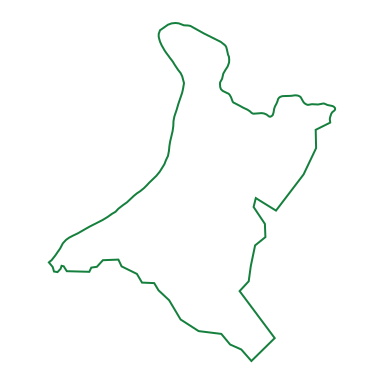 Bella Unión, Artigas, Uruguay
{"feature_id": "84410073B35452988121510", "entity_name": "Bella Unión", "entity_type": "district", "adm_level": 2, "iso_a3": "URY", "parent_name": "Uruguay", "parent_adm1": "Artigas", "projection": "natural_earth1", "projection_center": [-57.576, -30.371], "detail": "fine", "context": "isolated", "style": "outline", "palette": "green", "viewbox_px": 384, "rotation_deg": 0, "n_neighbors": 0, "source": "geoboundaries", "source_scale": "gbopen_adm2", "svg_char_len": 2586}
<svg xmlns="http://www.w3.org/2000/svg" viewBox="0 0 384 384"><path d="M330.2,122.6L330.1,121.3L329.9,120.1L329.8,119.3L329.9,118.3L330.4,116.3L331.3,113.7L331.8,112.9L332.4,112.1L333.3,111.4L334.2,110.7L334.7,110.1L335.0,109.7L335.1,109.2L335.1,108.7L335.0,108.3L334.9,107.9L334.4,107.3L333.9,106.8L333.2,106.4L332.4,106.0L327.5,105.0L325.0,103.9L324.2,103.6L323.4,103.5L318.1,104.5L311.9,104.2L308.5,104.8L307.4,104.8L306.4,104.4L305.0,103.6L303.7,102.4L302.7,100.8L301.3,98.2L300.7,97.2L300.0,96.6L299.1,96.1L298.1,95.7L297.4,95.5L296.3,95.4L294.7,95.3L293.1,95.6L291.4,95.8L289.6,95.9L286.3,96.0L283.2,96.1L281.8,96.3L280.5,96.8L279.7,97.2L279.0,97.8L278.5,98.5L278.0,99.3L277.5,101.2L276.5,103.6L274.9,106.6L274.2,108.7L273.5,112.7L272.7,115.1L271.7,116.0L270.4,116.7L269.3,116.6L268.2,115.8L266.5,114.5L264.1,113.5L261.7,113.1L253.6,113.7L252.7,113.5L251.6,112.9L249.8,111.2L247.3,109.6L243.2,107.7L239.6,105.7L234.2,102.9L233.5,102.6L232.7,101.7L231.0,97.2L229.5,94.6L228.4,93.6L227.2,93.1L222.7,90.9L220.9,89.1L220.2,87.0L220.0,84.1L220.1,82.4L222.1,78.8L223.3,73.6L225.5,69.8L227.6,66.6L229.1,62.4L229.2,59.4L228.9,56.6L228.0,54.6L227.0,49.9L226.2,46.9L225.9,46.5L225.7,46.2L225.2,45.4L220.8,41.9L203.8,33.4L190.3,25.9L188.0,25.5L183.9,25.3L178.6,23.3L175.3,23.0L171.6,23.4L168.0,24.7L160.0,30.3L158.7,34.0L158.7,36.7L159.3,39.2L160.1,41.9L161.8,45.6L163.2,48.0L164.6,50.5L166.1,52.7L167.3,54.3L168.5,55.9L170.0,58.0L171.5,59.9L172.9,61.8L174.5,64.5L176.3,67.2L178.1,69.9L180.7,73.2L182.2,76.3L184.0,83.1L183.1,88.5L182.4,91.7L182.0,93.2L180.7,97.0L178.4,103.8L176.6,109.9L174.4,116.4L173.5,121.0L173.3,126.1L172.6,131.1L170.2,141.3L170.1,141.7L169.4,146.2L168.9,151.2L168.7,152.1L168.0,155.9L166.1,159.8L164.4,164.2L159.8,171.6L156.4,175.8L153.9,178.2L149.0,182.9L147.2,184.9L143.9,188.2L140.9,190.6L140.2,191.2L137.0,193.3L133.8,195.9L127.0,202.3L122.9,205.2L118.4,208.7L115.5,211.8L111.7,214.0L107.7,216.9L104.1,219.1L102.6,220.0L89.6,226.6L83.8,229.9L77.9,233.3L73.3,235.5L72.1,236.1L68.9,237.8L65.9,240.0L62.8,243.4L60.2,248.4L55.2,255.6L51.5,260.3L50.5,261.0L48.9,262.4L52.7,267.0L54.0,271.5L57.5,272.1L60.6,268.8L61.6,265.8L63.7,266.3L66.8,271.2L89.3,271.8L91.3,267.6L96.9,266.8L102.9,260.2L118.4,259.6L121.6,266.4L136.9,273.9L142.0,282.6L154.2,283.1L158.5,290.3L169.1,300.2L180.6,319.5L198.6,331.1L221.3,333.9L230.1,344.5L241.3,349.5L251.4,361.0L274.7,338.1L239.6,291.1L248.7,281.3L250.8,266.0L255.1,245.4L265.4,237.1L264.9,223.9L253.6,207.0L255.8,198.1L276.0,210.6L303.6,174.4L316.1,148.1L315.7,129.8L330.2,122.6Z" fill="none" stroke="#15803d" stroke-width="2"/></svg>